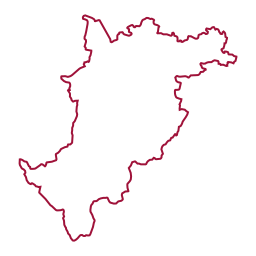 the district of An Nhon, Bình Định, Vietnam
{"feature_id": "81297802B14138193507010", "entity_name": "An Nhon", "entity_type": "district", "adm_level": 2, "iso_a3": "VNM", "parent_name": "Vietnam", "parent_adm1": "Bình Định", "projection": "natural_earth1", "projection_center": [109.077, 13.858], "detail": "fine", "context": "isolated", "style": "outline", "palette": "rose", "viewbox_px": 256, "rotation_deg": 0, "n_neighbors": 0, "source": "geoboundaries", "source_scale": "gbopen_adm2", "svg_char_len": 5641}
<svg xmlns="http://www.w3.org/2000/svg" viewBox="0 0 256 256"><path d="M226.1,42.2L226.3,40.5L226.9,38.9L227.0,37.8L225.5,36.9L225.2,33.8L224.8,32.7L223.6,31.5L222.6,32.3L222.3,33.8L221.7,34.0L220.8,33.9L220.3,33.6L220.0,32.7L219.2,31.9L218.8,30.5L218.2,29.5L216.7,28.9L215.4,29.6L214.0,27.2L213.3,27.1L212.3,27.4L210.3,29.2L206.6,28.5L206.1,29.2L206.1,30.2L207.9,31.9L207.6,33.4L206.8,33.9L205.8,34.0L204.8,33.2L203.6,32.8L202.2,33.2L201.4,34.1L199.3,34.6L198.6,35.2L198.2,37.6L197.8,38.2L196.9,38.7L195.7,38.7L194.7,38.3L190.8,36.2L190.1,36.4L188.7,36.1L188.2,36.5L187.7,39.1L187.0,39.9L184.5,40.5L183.6,41.3L182.5,41.9L181.4,41.8L181.2,40.8L180.5,40.5L180.0,40.5L179.2,41.3L177.9,41.3L177.6,41.2L177.4,40.6L177.6,39.4L177.4,37.3L176.6,36.4L174.5,35.8L174.2,35.1L173.9,33.4L173.1,32.7L172.3,33.0L171.9,35.1L171.2,35.7L170.7,35.7L166.8,34.3L163.3,34.3L161.1,33.2L157.6,33.3L157.3,33.0L157.9,31.9L158.5,27.6L159.2,26.6L158.9,26.1L157.5,25.2L154.8,24.4L154.2,24.0L153.6,22.9L153.6,21.4L154.1,20.2L153.8,19.7L151.7,18.7L150.4,19.0L148.1,18.0L146.9,17.9L146.4,18.0L144.8,19.1L143.2,19.7L142.4,20.3L141.4,22.3L140.8,24.5L140.1,25.6L139.4,26.2L136.1,26.0L135.0,27.2L134.2,27.2L133.6,26.7L133.4,25.8L132.2,25.0L131.1,25.3L127.9,27.0L127.3,27.7L127.4,28.2L129.0,29.2L129.1,29.5L128.9,31.3L129.1,32.0L131.2,32.9L131.6,33.7L131.4,34.4L130.7,35.0L129.2,35.7L128.6,35.7L124.3,34.4L123.4,33.7L122.8,32.5L122.4,32.2L119.7,32.5L119.3,32.7L118.9,34.1L117.9,34.5L117.3,35.7L117.3,39.4L116.4,40.0L114.1,40.6L112.2,42.0L111.4,42.2L110.7,41.8L110.2,39.1L99.6,20.3L98.8,20.1L95.2,21.2L94.9,21.1L94.7,20.2L94.0,19.2L91.9,17.9L85.2,15.4L83.7,15.9L82.9,17.2L83.0,18.6L83.2,18.9L85.2,19.4L86.9,20.2L87.3,20.7L87.7,21.8L87.6,23.8L86.2,31.4L85.3,35.3L84.7,36.5L84.5,38.3L84.7,39.0L85.9,40.1L86.0,41.2L86.0,41.9L84.6,46.5L85.7,47.8L85.7,49.4L86.1,49.7L91.3,50.6L91.3,51.7L90.5,55.3L89.5,57.2L89.6,58.8L89.1,61.3L88.6,61.9L87.5,61.4L86.5,62.0L84.4,62.4L84.3,63.5L83.8,64.0L83.8,64.4L84.8,66.3L80.4,68.1L79.2,68.9L72.2,75.0L70.5,76.1L67.9,76.9L65.3,76.2L61.7,76.3L61.4,76.4L61.2,77.1L61.4,78.7L63.9,81.0L66.0,82.1L69.2,82.6L69.9,83.4L70.2,84.7L70.2,86.2L69.3,88.4L69.8,90.1L69.3,90.3L68.3,90.0L68.0,90.5L69.9,93.4L70.0,94.9L69.9,96.6L71.2,98.5L71.5,99.9L72.5,101.1L73.1,101.6L75.0,100.8L77.7,100.7L77.1,103.0L77.3,105.0L76.8,106.6L76.4,111.4L77.2,114.2L76.9,116.2L74.8,121.1L73.2,123.0L73.1,125.7L72.2,127.9L72.2,130.2L71.8,133.0L72.6,135.3L72.1,142.7L70.4,144.4L68.1,144.5L67.4,146.6L64.8,147.2L61.3,148.9L60.8,149.3L60.0,150.8L58.2,152.7L56.0,154.0L55.8,154.7L56.5,159.2L56.1,160.2L51.9,161.7L46.8,162.4L46.4,162.9L46.1,164.5L45.3,166.1L45.0,166.3L42.5,164.4L41.2,164.2L39.8,165.4L35.4,168.5L34.0,168.8L31.0,168.9L30.5,168.7L30.2,168.2L30.1,166.9L28.9,166.2L27.0,162.3L26.5,161.8L24.4,161.4L22.4,160.0L20.7,159.3L19.8,159.4L19.6,163.4L19.9,165.0L21.8,168.4L23.8,169.5L25.1,170.9L25.4,172.8L24.3,174.2L26.0,177.2L26.7,180.2L28.5,182.9L30.3,184.0L30.9,184.1L31.6,183.3L32.3,183.3L34.8,184.9L35.9,186.3L37.8,186.7L38.5,187.1L40.4,186.8L39.2,192.3L39.3,192.7L45.5,199.0L50.4,205.2L51.8,206.1L55.8,209.9L56.6,210.3L57.7,210.4L60.7,210.2L62.8,209.5L63.4,209.8L63.8,210.8L63.9,211.8L63.3,214.1L64.1,216.6L63.2,217.8L63.1,218.2L64.0,220.7L64.3,224.8L65.3,226.9L65.9,227.6L66.2,229.3L67.6,231.7L68.1,233.5L69.7,235.1L70.9,238.2L72.6,240.3L73.1,240.6L74.3,240.6L75.7,239.9L77.5,238.4L80.0,235.5L80.7,235.1L82.1,235.0L83.4,235.9L84.2,236.0L85.2,235.9L86.1,235.2L88.1,235.5L89.6,235.3L90.4,234.0L93.0,226.9L93.8,223.0L94.6,220.9L94.5,220.0L93.5,218.4L92.3,215.0L90.5,211.7L90.4,209.8L90.9,206.2L91.5,204.8L92.6,203.6L93.4,201.7L94.1,201.2L96.3,201.1L97.0,200.8L98.8,199.2L100.8,198.4L103.2,197.9L105.5,197.9L106.9,197.6L107.5,197.8L109.2,201.4L110.3,202.6L113.8,203.6L116.1,203.5L118.3,201.4L121.2,200.8L122.1,200.2L122.7,199.5L122.8,199.1L121.8,195.0L122.2,193.4L125.3,191.5L128.2,191.3L128.4,191.1L127.5,187.8L127.3,184.8L127.5,183.8L129.8,181.2L130.5,180.0L130.8,179.3L131.1,176.4L130.7,172.9L128.8,168.0L130.9,165.5L132.2,162.2L134.9,161.4L135.3,161.5L137.5,163.6L139.0,163.6L140.8,164.3L145.7,164.3L146.2,164.0L146.9,162.5L147.8,161.3L149.7,159.9L152.3,159.6L153.7,157.8L154.6,158.0L155.4,159.0L156.1,159.2L160.2,158.8L160.9,158.4L161.5,157.4L161.6,155.5L162.9,153.8L161.4,149.3L161.9,147.4L162.4,146.3L163.7,144.9L165.6,144.3L166.9,142.3L168.3,140.8L170.2,140.3L171.0,138.2L171.4,137.8L172.6,137.6L175.0,134.2L175.4,134.2L176.2,135.4L176.9,135.0L177.5,132.2L178.4,130.8L178.9,126.8L180.5,126.1L180.9,125.7L182.0,123.7L182.7,121.6L185.8,117.1L187.3,114.5L188.0,112.2L186.4,111.2L184.8,109.7L181.7,109.1L179.7,109.8L179.6,108.6L180.0,105.2L179.5,104.4L181.1,101.0L181.4,99.2L179.1,98.6L176.6,97.6L176.2,97.2L175.4,95.5L175.0,93.7L174.9,91.5L175.0,90.3L175.4,89.9L177.8,89.8L178.8,89.6L179.3,89.2L179.6,88.5L180.8,83.1L179.9,82.5L178.3,82.3L176.6,81.3L176.1,80.4L175.3,77.5L176.5,76.2L177.1,76.0L178.9,76.6L180.1,76.7L185.2,76.2L186.8,76.6L188.2,77.5L188.8,77.5L190.8,75.4L197.4,75.1L198.5,74.9L199.5,74.1L200.7,72.0L203.0,71.8L204.7,70.2L205.7,69.7L205.5,69.0L202.6,68.2L201.9,67.5L201.6,66.1L200.9,65.4L200.4,64.0L201.1,63.1L203.6,63.7L205.4,63.5L206.4,62.8L208.3,62.2L211.5,62.1L213.5,60.7L214.7,60.3L218.0,61.0L218.5,61.7L218.6,63.8L220.1,63.9L220.5,64.2L220.7,64.9L223.2,64.7L226.3,66.0L227.3,65.8L227.1,64.5L227.8,63.5L227.6,62.5L228.1,62.0L231.3,62.4L233.5,63.3L234.2,61.8L235.5,60.9L236.4,57.2L236.4,56.6L234.1,56.1L232.4,54.6L228.8,54.4L228.5,54.1L228.1,52.3L226.7,51.7L224.9,51.5L224.6,51.9L224.4,52.9L223.8,52.9L223.0,52.4L221.6,50.2L221.5,49.4L221.8,49.1L223.5,48.3L224.3,45.6L224.5,43.3L225.5,43.3L226.1,42.2Z" fill="none" stroke="#9f1239" stroke-width="2"/></svg>